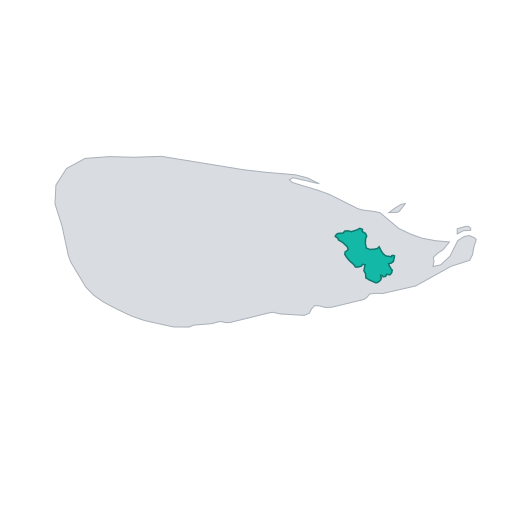 where Vavuniyāva sits in Sri Lanka, rotated 103°
{"feature_id": "LKA-2456", "entity_name": "Vavuniyāva", "entity_type": "District", "adm_level": 1, "iso_a3": "LKA", "parent_name": "Sri Lanka", "parent_adm1": "", "projection": "equal_earth", "projection_center": [80.482, 8.836], "detail": "fine", "context": "in_parent", "style": "filled", "palette": "teal", "viewbox_px": 512, "rotation_deg": 103, "n_neighbors": 0, "source": "natural_earth", "source_scale": "10m", "svg_char_len": 2305}
<svg xmlns="http://www.w3.org/2000/svg" viewBox="0 0 512 512"><g transform="rotate(103 256 256)"><path d="M190.4,45.1L198.1,45.7L206.4,45.4L212.2,46.9L222.2,63.7L249.3,93.7L264.1,124.3L265.4,131.0L267.5,136.8L271.0,138.4L274.0,141.0L288.8,170.5L290.5,176.4L290.3,182.8L291.1,187.6L295.0,190.0L299.8,191.2L303.0,195.7L307.0,219.3L307.0,226.6L308.1,229.8L326.7,266.5L327.8,271.0L327.6,274.3L328.2,277.2L331.8,283.7L337.4,301.2L340.3,305.2L343.7,320.5L344.0,349.8L342.7,362.8L339.3,378.6L335.2,394.2L330.7,405.4L324.6,414.8L303.7,435.0L297.7,439.0L270.5,451.7L250.4,463.6L231.9,466.9L213.3,460.3L199.4,444.6L192.2,421.5L187.3,397.4L180.2,370.7L174.8,288.0L172.2,265.0L168.0,235.6L168.4,222.9L171.4,210.6L171.4,237.4L174.1,240.7L176.2,237.3L178.1,209.6L179.6,197.8L187.0,167.3L187.2,161.9L185.9,150.4L186.0,144.6L197.0,123.2L199.8,110.8L201.3,98.0L200.7,84.3L198.8,70.7L207.6,75.0L212.5,79.7L217.5,82.9L221.5,81.3L226.4,81.2L223.0,73.9L212.6,67.0L195.5,62.8L190.1,57.4L188.1,52.8L189.1,47.3L190.4,45.1ZM181.6,128.1L183.9,136.4L177.3,130.7L172.9,126.0L171.3,122.3L180.4,126.5L181.6,128.1ZM189.3,64.9L184.2,66.1L180.2,58.9L179.3,55.8L180.3,53.6L181.5,52.6L182.8,52.9L184.7,59.7L189.3,64.9Z" fill="#d9dde1" stroke="#a8b0b8" stroke-width="1"/><path d="M252.7,144.0L250.5,144.6L248.4,145.4L246.0,147.6L240.0,147.8L240.1,150.2L242.3,151.2L243.7,153.8L244.4,156.6L242.5,158.6L241.4,160.5L240.4,162.5L238.6,165.3L236.6,167.7L234.4,169.9L231.8,170.0L230.5,168.6L229.0,167.6L226.5,169.1L223.3,174.6L221.8,179.3L220.3,180.2L219.1,183.2L218.3,183.1L217.5,182.8L215.8,181.6L214.9,179.2L214.6,177.8L214.1,176.4L212.9,175.7L211.7,175.1L210.8,172.1L210.8,168.5L207.7,163.2L205.8,161.3L205.8,159.9L206.1,158.2L208.2,158.0L209.4,154.3L211.7,152.6L214.6,153.1L219.2,152.3L223.5,150.2L224.0,146.4L222.7,142.2L221.5,139.5L219.3,138.1L223.0,135.0L225.3,132.5L226.7,129.6L226.6,127.8L226.4,125.9L226.4,124.9L226.3,124.0L225.1,123.8L224.5,122.6L224.7,121.1L226.1,120.9L227.7,121.0L230.5,120.9L232.5,122.6L233.7,125.1L235.7,123.9L237.1,122.3L237.9,121.7L238.7,121.1L238.9,120.6L239.0,120.1L241.7,120.0L244.2,121.2L244.5,124.7L246.7,125.1L247.6,127.3L246.8,128.8L246.7,130.3L247.9,129.9L249.1,128.8L251.7,129.3L254.3,131.4L255.2,133.2L253.8,140.5L253.1,142.1L252.7,144.0Z" fill="#14b8a6" stroke="#0f766e" stroke-width="1.5"/></g></svg>